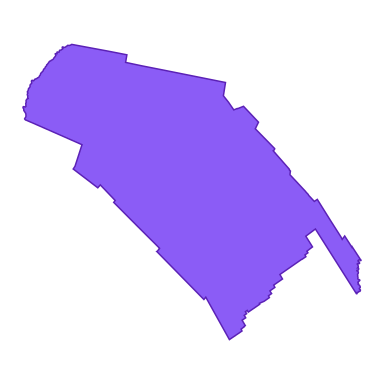 outline of Exaltación de la Cruz, Buenos Aires, Argentina
{"feature_id": "61730980B21567181905347", "entity_name": "Exaltación de la Cruz", "entity_type": "district", "adm_level": 2, "iso_a3": "ARG", "parent_name": "Argentina", "parent_adm1": "Buenos Aires", "projection": "equal_earth", "projection_center": [-59.143, -34.313], "detail": "fine", "context": "isolated", "style": "filled", "palette": "violet", "viewbox_px": 384, "rotation_deg": 0, "n_neighbors": 0, "source": "geoboundaries", "source_scale": "gbopen_adm2", "svg_char_len": 5216}
<svg xmlns="http://www.w3.org/2000/svg" viewBox="0 0 384 384"><path d="M26.0,120.1L38.9,125.7L82.0,144.7L79.0,154.0L75.0,166.3L73.2,169.0L97.8,187.8L100.3,184.9L115.2,200.5L113.7,202.4L137.4,226.2L159.6,248.3L159.6,248.5L159.4,248.8L159.2,249.0L158.9,249.1L158.7,249.2L158.6,249.5L158.5,249.8L158.3,250.0L158.0,250.3L157.9,250.5L157.7,250.8L157.5,251.0L157.3,251.1L157.1,251.4L156.8,251.5L203.9,299.5L205.8,297.2L229.4,339.6L242.0,331.0L241.1,329.1L244.2,326.8L244.1,326.5L245.3,325.6L242.1,320.2L245.7,317.8L244.2,315.3L246.6,313.7L245.4,311.7L247.2,310.4L248.3,312.1L259.5,304.4L259.8,304.1L259.6,303.6L259.4,303.3L264.1,301.3L269.4,297.6L268.5,295.8L271.6,293.6L269.9,290.9L274.9,287.4L273.7,285.1L282.5,279.0L279.9,274.5L301.6,259.4L301.9,259.4L305.9,256.7L305.0,254.9L307.9,252.8L306.9,251.2L312.5,246.9L305.8,236.2L315.4,229.0L356.4,293.7L356.6,293.7L356.9,293.7L357.1,293.4L357.1,293.2L356.9,292.7L357.0,292.4L357.7,292.4L358.0,292.4L358.4,292.0L358.6,291.7L359.0,291.4L359.4,291.5L359.7,291.5L359.9,291.4L360.1,291.1L360.2,290.9L360.4,290.5L360.4,290.2L360.4,289.9L360.1,289.6L359.7,289.4L359.5,289.2L359.3,288.9L359.3,288.6L359.4,288.4L359.7,288.1L360.0,287.8L360.2,287.5L360.2,287.3L360.2,286.8L360.1,286.4L359.9,286.0L359.7,285.6L359.6,285.4L359.2,285.0L358.9,284.8L358.6,284.7L358.3,284.5L358.2,284.3L358.1,284.1L358.2,283.9L358.5,283.4L358.4,283.1L358.2,282.9L357.9,282.7L357.9,282.2L358.0,282.0L358.5,281.7L359.0,281.2L359.5,280.8L359.7,280.6L359.8,280.4L359.8,280.1L359.5,279.8L359.2,279.6L358.8,279.5L358.5,279.5L358.3,279.4L358.0,279.1L357.9,279.0L357.8,278.5L357.9,278.0L357.9,277.8L358.0,277.3L357.9,276.8L357.7,276.5L357.6,276.2L357.6,275.9L357.7,275.6L357.8,275.2L357.7,275.0L357.6,274.9L357.5,274.5L357.6,274.1L358.0,273.7L358.2,273.4L358.3,272.9L358.3,272.6L358.4,272.2L358.3,271.9L358.0,271.7L357.7,271.4L357.5,271.2L357.1,271.0L356.9,270.8L356.9,270.4L357.1,270.3L357.5,270.2L357.9,270.2L358.1,270.2L358.4,269.9L358.5,269.6L358.6,269.3L358.7,269.0L358.7,268.7L358.6,268.3L358.1,268.0L357.8,267.9L357.5,267.9L357.7,267.6L357.9,267.5L358.2,267.4L358.3,266.9L358.3,266.7L358.3,266.4L358.1,266.1L358.0,265.8L358.1,265.3L358.1,265.1L357.9,264.8L357.3,264.3L357.2,264.0L357.3,263.8L357.5,263.6L357.8,263.5L358.0,263.4L358.6,263.5L358.8,263.5L359.1,263.6L359.4,263.5L359.6,263.2L359.4,262.5L359.1,262.0L358.8,261.7L358.5,261.5L358.2,261.3L358.0,260.9L358.1,260.5L358.5,260.2L358.8,260.1L359.2,259.7L359.6,259.6L359.9,259.7L360.0,259.8L360.3,260.6L360.8,260.6L361.0,260.4L360.8,259.8L360.6,259.6L360.5,259.4L360.2,259.1L359.8,258.7L359.7,258.6L359.6,258.2L352.1,246.7L351.9,247.2L344.7,236.0L342.2,239.4L341.0,237.0L330.3,220.2L317.3,199.4L314.3,201.4L308.7,195.4L308.2,194.4L306.1,192.2L305.6,191.5L290.0,174.8L290.0,173.8L290.2,173.0L290.2,172.7L290.2,172.4L290.2,172.2L290.3,171.9L290.4,171.6L290.4,171.0L290.2,170.9L290.1,170.7L289.9,170.6L289.4,170.0L289.3,169.7L289.4,169.3L273.2,150.8L273.4,150.6L273.6,150.4L273.8,150.3L273.9,150.2L274.1,150.0L274.2,149.9L274.3,149.7L274.5,149.3L274.7,148.9L274.7,148.6L255.3,128.8L258.5,122.2L243.5,106.3L237.5,108.7L237.2,108.5L233.8,109.9L228.5,102.2L223.4,95.8L225.5,82.5L164.0,70.2L141.7,65.8L125.6,62.4L126.9,54.8L109.0,51.3L71.8,44.4L71.7,44.5L71.2,44.6L70.9,44.9L70.6,45.2L70.4,45.2L70.2,45.2L69.9,45.3L69.6,45.4L69.3,45.5L69.0,45.4L68.3,45.4L67.8,45.3L67.6,45.5L67.3,45.7L67.1,45.9L66.9,46.1L66.6,46.2L66.4,46.3L66.1,46.5L65.8,46.8L65.7,47.0L65.4,47.1L64.9,47.3L64.4,47.4L64.1,47.4L63.3,47.1L62.7,46.9L62.3,47.1L62.2,47.5L62.3,48.0L62.9,48.7L62.4,49.2L61.7,49.5L61.3,49.9L60.7,50.2L60.1,50.1L59.8,50.2L59.5,50.4L59.5,50.7L59.4,51.1L59.4,51.4L59.3,51.7L59.2,52.0L58.7,52.2L58.4,52.1L57.9,52.0L57.6,52.0L57.2,52.0L57.0,52.3L56.9,52.6L56.9,52.8L57.1,53.3L57.0,53.5L56.9,53.8L56.6,53.7L56.1,53.6L55.7,53.6L55.4,53.7L55.2,53.9L55.6,54.9L55.8,55.5L55.3,56.3L54.5,57.3L53.8,58.1L53.5,58.8L53.0,59.4L51.1,60.4L50.7,60.9L49.9,61.1L49.2,61.6L49.0,62.1L48.6,62.7L48.2,63.2L47.8,63.7L47.3,64.4L46.7,64.8L46.7,65.1L46.6,65.6L46.1,66.2L45.4,66.9L45.1,67.7L44.6,68.6L44.0,68.9L43.6,69.3L43.4,70.0L43.2,70.8L42.6,71.4L42.1,71.9L41.7,72.5L41.1,73.0L40.7,73.3L40.6,73.8L40.4,74.5L40.3,75.0L39.9,75.4L39.5,75.9L39.2,76.5L38.9,77.2L38.4,77.5L37.8,77.7L37.2,78.1L36.7,78.6L36.1,78.7L35.6,79.1L35.1,79.1L34.6,79.4L34.2,80.1L33.7,80.7L33.4,80.8L33.0,80.7L32.5,80.4L32.2,80.3L31.7,80.5L31.4,81.1L31.5,81.7L31.6,82.5L31.7,83.1L31.4,83.6L30.9,84.0L30.4,84.4L30.1,85.1L30.0,85.7L30.1,86.4L29.9,87.0L29.4,87.7L28.9,88.2L28.4,88.9L28.4,89.3L28.2,90.3L27.9,91.0L27.5,91.4L27.3,92.0L27.7,92.5L27.9,93.1L27.5,93.7L27.3,94.2L27.3,95.0L27.8,95.6L27.8,96.1L27.7,96.8L27.7,97.4L28.1,98.4L27.5,98.4L27.1,99.0L26.6,99.6L26.2,100.1L26.0,100.9L26.1,101.5L26.2,102.4L25.8,103.1L25.7,103.6L25.9,104.2L25.8,105.1L25.9,105.8L25.9,106.1L25.9,106.5L25.6,106.8L25.4,106.9L25.0,107.0L24.5,106.8L24.0,106.6L23.6,106.6L23.1,106.9L23.0,107.6L23.1,108.0L23.5,108.5L23.7,109.0L23.8,109.9L23.8,110.5L24.1,111.0L24.5,111.5L24.9,112.1L25.2,112.7L25.6,113.1L25.8,113.8L25.9,114.6L25.9,115.2L26.0,115.6L26.0,116.1L25.9,116.5L25.8,116.8L25.7,117.2L25.2,117.8L24.9,118.3L24.6,118.9L24.8,119.2L25.1,119.5L25.4,119.9L25.6,120.0L25.8,120.1L26.0,120.1Z" fill="#8b5cf6" stroke="#5b21b6" stroke-width="1.5"/></svg>